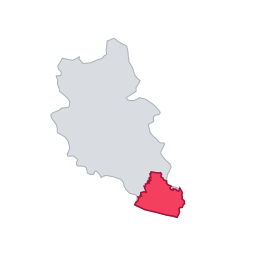 West Flanders highlighted on a map of Belgium, rotated 220°
{"feature_id": "BEL-3479", "entity_name": "West Flanders", "entity_type": "Province", "adm_level": 1, "iso_a3": "BEL", "parent_name": "Belgium", "parent_adm1": "", "projection": "robinson", "projection_center": [3.055, 51.038], "detail": "fine", "context": "in_parent", "style": "filled", "palette": "rose", "viewbox_px": 256, "rotation_deg": 220, "n_neighbors": 0, "source": "natural_earth", "source_scale": "10m", "svg_char_len": 3225}
<svg xmlns="http://www.w3.org/2000/svg" viewBox="0 0 256 256"><g transform="rotate(220 128 128)"><path d="M116.7,72.8L120.6,74.3L124.0,74.6L125.4,74.0L124.5,70.2L127.2,68.2L130.3,67.3L131.7,68.9L134.5,70.6L136.7,70.6L142.7,66.3L144.1,67.1L145.4,68.6L145.7,69.9L145.9,71.2L147.3,71.7L152.0,71.4L154.4,69.1L156.2,67.6L157.6,68.6L158.4,71.5L159.7,75.2L165.4,79.4L170.2,80.6L176.0,79.8L178.3,79.0L179.9,79.7L181.5,81.9L184.9,84.4L192.0,86.2L194.2,87.2L195.7,88.9L195.3,91.4L192.1,97.4L191.6,99.2L192.1,99.8L191.5,100.9L187.1,105.0L186.8,106.4L188.3,108.8L189.5,110.7L192.2,111.7L194.7,112.0L199.4,112.1L204.4,112.2L205.0,113.3L210.7,116.6L212.4,119.2L216.5,121.8L213.2,124.9L213.8,126.4L215.0,127.8L219.6,128.7L221.9,130.7L222.1,133.9L223.2,139.2L213.9,144.3L211.4,150.1L211.2,151.3L210.8,151.1L209.8,149.2L208.1,149.2L204.1,148.4L198.8,153.6L196.4,158.0L195.0,161.2L192.9,163.9L192.5,166.6L192.7,167.8L192.0,169.3L192.0,170.9L195.2,174.0L196.0,175.7L199.9,181.3L198.7,183.3L197.8,185.5L196.7,187.0L195.5,188.0L191.5,187.9L186.5,188.6L183.1,189.7L181.4,189.7L177.7,187.0L173.6,182.8L171.1,180.9L169.9,179.2L166.7,178.4L162.1,176.4L159.0,174.2L156.3,172.8L152.5,172.1L149.3,172.2L148.4,168.5L147.9,164.2L145.4,161.3L148.8,150.3L146.7,149.3L144.4,150.1L141.1,152.8L139.6,155.9L138.7,158.6L133.2,161.3L124.4,162.3L114.8,161.3L113.5,160.6L112.9,159.8L112.9,158.8L113.5,157.3L115.2,155.5L115.6,152.9L113.8,150.7L112.7,149.9L113.1,147.7L114.4,145.0L114.6,143.5L108.1,138.8L103.4,137.9L98.9,137.8L95.4,137.2L93.4,137.5L92.0,138.8L90.5,139.8L89.4,138.6L87.4,130.4L85.8,129.2L80.0,127.8L72.0,127.3L69.9,125.8L68.7,122.1L68.0,117.6L65.3,113.4L64.0,112.3L61.6,110.4L57.5,111.2L52.5,113.7L49.5,114.4L48.4,114.6L44.4,112.2L40.0,108.4L36.4,104.4L35.6,102.2L36.7,99.5L35.4,97.4L33.5,93.7L32.9,90.7L54.4,80.3L67.4,74.9L73.6,73.3L75.1,78.7L76.2,80.4L77.7,81.5L79.6,81.7L81.8,80.4L84.9,79.0L89.9,79.6L93.6,80.9L94.9,82.3L97.3,83.5L100.8,83.9L107.6,81.4L114.1,77.7L116.0,75.1L116.7,72.8Z" fill="#d9dde1" stroke="#a8b0b8" stroke-width="1"/><path d="M39.1,108.4L38.7,108.4L37.9,108.2L37.6,108.1L37.3,107.8L36.9,107.0L36.7,106.8L36.1,106.5L35.9,106.3L36.0,106.0L36.4,105.4L36.4,104.9L35.4,102.2L35.7,101.7L36.9,100.8L37.2,100.4L37.0,99.1L36.2,98.2L34.5,96.7L34.0,95.5L33.5,92.7L32.8,91.3L33.8,90.7L35.6,90.2L42.3,86.2L52.6,81.4L62.5,76.3L73.5,73.5L74.0,75.8L73.8,77.4L73.7,78.8L74.4,80.4L75.6,81.4L76.0,81.6L74.4,82.5L75.3,84.1L74.1,84.8L75.4,85.1L76.6,86.7L74.8,89.4L72.7,90.5L78.2,93.7L77.2,94.3L78.6,96.3L77.4,97.8L78.2,98.7L76.7,99.3L79.1,100.2L78.1,100.2L78.8,100.8L78.5,101.1L77.3,101.0L77.7,101.7L77.0,102.2L77.4,103.0L78.6,102.5L79.4,102.7L79.8,103.9L78.6,104.8L81.7,106.9L81.0,107.6L82.2,108.8L82.0,109.3L79.0,111.1L76.7,112.4L74.5,114.3L74.3,114.7L73.8,114.6L73.5,114.6L72.3,113.9L72.4,113.0L71.3,111.8L69.2,112.1L67.2,111.2L65.0,112.1L64.4,112.2L63.6,111.1L62.7,110.4L61.4,110.1L57.5,111.1L57.5,110.9L57.1,108.8L56.3,108.4L53.4,109.3L53.4,109.6L54.4,110.6L52.5,111.2L52.3,111.8L50.9,112.0L50.2,111.5L49.9,111.5L48.5,112.2L49.5,114.8L49.7,115.3L45.8,113.9L44.9,113.3L44.6,112.9L44.0,111.7L43.7,111.2L41.8,109.8L41.5,109.4L41.4,109.0L41.1,108.6L40.5,108.3L40.0,108.3L39.1,108.4Z" fill="#f43f5e" stroke="#9f1239" stroke-width="1.5"/></g></svg>